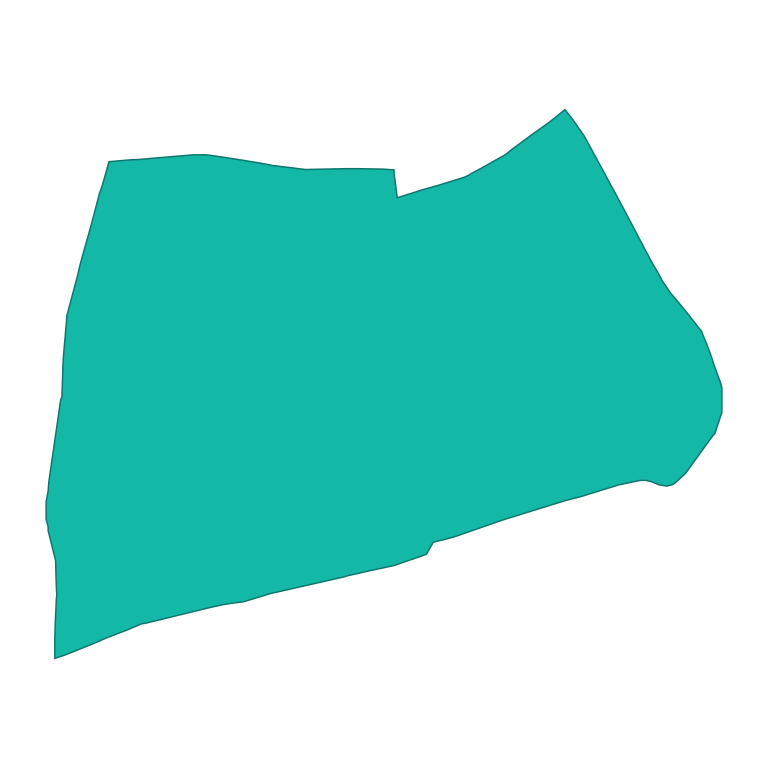 the district of Old City, Amanat Al Asimah, Yemen
{"feature_id": "15242507B70812526039843", "entity_name": "Old City", "entity_type": "district", "adm_level": 2, "iso_a3": "YEM", "parent_name": "Yemen", "parent_adm1": "Amanat Al Asimah", "projection": "orthographic", "projection_center": [44.214, 15.355], "detail": "fine", "context": "isolated", "style": "filled", "palette": "teal", "viewbox_px": 768, "rotation_deg": 0, "n_neighbors": 0, "source": "geoboundaries", "source_scale": "gbopen_adm2", "svg_char_len": 1614}
<svg xmlns="http://www.w3.org/2000/svg" viewBox="0 0 768 768"><path d="M54.8,658.4L65.8,654.7L96.3,642.4L106.6,637.8L126.8,630.1L141.4,623.9L146.1,623.1L208.2,607.9L223.2,604.6L233.5,603.0L243.4,601.8L270.3,593.6L344.7,576.7L347.0,575.9L366.8,571.4L394.9,565.3L397.3,564.4L421.0,556.2L426.5,554.2L433.2,542.3L453.8,537.0L502.0,520.2L552.3,504.6L565.7,500.5L581.5,496.4L588.3,494.3L604.1,489.4L618.7,484.9L640.1,480.4L644.0,480.4L646.4,480.4L651.1,481.6L659.4,484.9L666.6,486.1L671.7,484.9L674.9,483.2L685.5,473.4L712.8,435.7L714.8,433.6L721.9,412.3L721.9,388.1L720.7,383.2L713.6,363.9L712.0,358.6L709.7,352.0L706.1,342.6L703.3,336.0L701.7,331.5L685.9,311.4L678.8,302.8L670.5,293.0L662.2,280.7L659.0,274.5L652.7,263.8L644.4,248.3L642.0,243.7L634.9,230.2L625.0,211.4L620.3,202.7L613.6,190.0L611.2,185.9L604.5,173.2L583.9,135.5L572.4,119.1L564.9,109.6L549.1,122.4L534.1,133.0L511.9,149.4L505.2,154.8L498.5,158.5L481.9,167.9L472.0,173.2L468.4,175.3L464.1,177.3L437.6,185.5L423.0,189.6L405.9,195.0L397.2,197.8L394.9,179.4L394.5,176.5L394.1,173.6L394.1,169.9L383.0,169.1L358.5,168.7L345.1,168.7L305.5,169.5L271.9,165.4L266.4,164.2L254.1,162.1L241.8,160.1L225.6,157.6L209.4,155.2L205.5,154.8L194.0,154.8L169.9,156.8L135.9,159.7L131.9,159.7L109.0,161.7L102.2,185.9L99.5,193.3L90.8,226.5L83.7,251.5L80.1,264.7L77.3,276.6L67.0,315.1L65.5,332.7L63.5,355.7L63.1,362.3L61.9,397.1L60.7,399.6L52.0,459.9L48.8,482.0L48.1,491.4L46.1,501.7L46.1,519.3L48.1,526.7L48.1,530.4L54.0,554.2L55.6,560.7L56.0,576.7L56.4,587.8L56.8,595.2L56.4,598.1L55.2,624.3L54.8,639.5L54.8,658.4Z" fill="#14b8a6" stroke="#0f766e" stroke-width="1.5"/></svg>